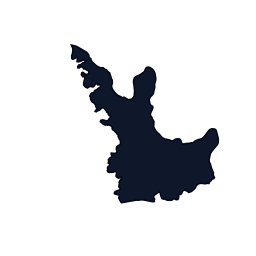 outline of Miguelópolis, São Paulo, Brazil, rotated 42°
{"feature_id": "56859067B41610080669691", "entity_name": "Miguelópolis", "entity_type": "district", "adm_level": 2, "iso_a3": "BRA", "parent_name": "Brazil", "parent_adm1": "São Paulo", "projection": "mercator", "projection_center": [-48.166, -20.191], "detail": "fine", "context": "isolated", "style": "filled", "palette": "ink", "viewbox_px": 256, "rotation_deg": 42, "n_neighbors": 0, "source": "geoboundaries", "source_scale": "gbopen_adm2", "svg_char_len": 4766}
<svg xmlns="http://www.w3.org/2000/svg" viewBox="0 0 256 256"><g transform="rotate(42 128 128)"><path d="M116.6,73.9L115.0,72.1L113.9,71.3L111.8,69.6L109.6,68.4L107.8,68.0L105.7,68.0L103.5,68.4L102.3,69.2L101.3,70.5L101.3,72.0L102.4,75.1L101.5,79.5L101.1,80.8L100.0,82.9L99.3,85.0L99.2,86.3L100.2,88.8L101.2,90.1L104.8,93.1L108.0,96.0L111.1,100.0L111.5,102.1L111.4,104.2L110.1,105.7L109.2,106.7L104.4,107.8L103.4,109.2L101.2,109.7L98.8,110.5L95.2,110.5L91.8,109.9L90.2,109.4L88.9,108.7L87.9,107.9L87.0,106.7L86.7,105.7L85.9,104.6L84.3,103.0L82.2,102.3L81.2,101.4L79.8,100.7L77.4,99.3L74.8,99.6L73.1,99.1L71.5,99.7L69.1,99.8L67.7,101.4L64.8,102.5L61.8,102.9L59.4,102.8L57.3,102.9L55.5,102.4L53.8,101.3L52.5,101.6L51.5,101.3L50.7,100.6L49.6,99.8L46.6,99.4L40.8,100.5L35.1,101.8L33.6,102.5L30.4,104.2L31.8,104.9L32.8,105.4L34.0,106.0L34.8,107.0L35.6,107.8L36.3,109.0L37.2,110.6L37.7,111.9L39.6,113.9L40.7,114.0L41.5,113.1L42.1,111.3L42.5,110.1L44.0,110.1L44.5,111.0L45.6,112.8L47.0,112.0L48.6,109.3L48.9,107.8L50.2,107.0L52.0,107.0L52.0,108.1L50.9,109.6L50.5,112.1L50.1,113.1L49.2,114.1L49.5,115.9L50.4,116.9L51.5,116.2L52.2,114.1L53.2,113.2L54.2,113.3L55.6,113.8L56.7,112.8L58.0,112.7L59.1,112.5L60.7,112.0L62.0,113.1L62.3,114.4L60.7,116.5L59.6,116.5L58.5,116.6L57.1,116.8L56.7,118.0L57.6,119.6L60.0,120.2L61.2,119.1L62.6,119.7L63.9,122.6L64.7,124.0L65.5,124.8L66.2,125.7L68.0,126.1L69.3,126.0L71.2,125.4L71.5,123.6L72.5,121.9L73.6,121.6L74.5,121.0L74.8,119.9L74.6,118.3L74.6,116.5L75.8,115.9L76.9,116.2L77.6,115.1L79.4,114.5L79.9,116.3L79.3,118.5L79.0,120.7L78.3,122.0L78.4,123.4L78.8,124.8L77.5,126.4L77.5,127.7L78.3,129.9L79.9,130.4L80.9,131.6L82.2,132.2L84.4,132.7L85.6,132.3L86.9,132.3L88.6,132.7L89.9,133.7L91.4,134.1L92.1,135.2L92.2,136.2L92.5,137.7L93.6,137.2L93.9,135.6L95.0,133.9L95.0,132.4L95.1,131.0L95.6,130.0L96.8,129.2L98.6,129.7L100.2,129.7L101.3,130.5L102.7,130.1L103.8,130.8L104.9,131.3L106.1,131.3L107.8,131.1L107.8,134.0L108.1,136.0L107.2,137.1L105.2,138.0L103.9,138.7L102.6,140.6L103.2,141.8L104.7,141.7L106.4,141.8L108.0,141.5L109.3,141.0L110.0,140.0L111.0,139.6L111.7,138.7L113.5,137.8L115.1,138.0L116.2,137.9L116.6,139.1L117.7,139.6L119.1,139.2L120.4,139.4L122.5,139.5L124.2,139.9L125.7,139.8L126.5,141.1L127.7,141.4L129.2,142.2L130.9,142.4L131.6,143.5L132.9,144.4L133.0,146.2L132.4,147.7L132.1,149.0L132.7,150.6L133.6,151.7L135.0,152.5L136.2,153.7L135.5,155.3L134.0,156.6L132.3,157.8L132.9,158.7L134.3,159.3L135.3,161.1L134.5,162.4L134.5,163.5L134.6,164.7L136.0,165.8L136.7,167.3L138.3,167.1L139.6,168.3L138.9,170.0L139.4,171.4L140.4,172.0L141.1,173.6L142.7,174.1L144.0,173.5L144.6,172.5L145.6,171.9L146.7,170.7L147.4,168.7L148.9,168.7L150.1,169.6L150.5,170.8L151.6,172.0L153.3,172.0L154.6,171.6L155.1,170.6L156.0,168.8L156.8,169.8L157.3,173.2L157.7,174.3L158.7,175.0L160.5,177.9L162.6,178.0L163.1,179.4L162.6,180.7L160.9,183.8L161.3,185.5L162.5,185.9L163.4,185.2L164.7,184.8L166.1,183.7L167.1,184.5L167.7,186.1L169.5,186.9L171.7,187.6L173.1,188.0L182.5,176.0L183.8,175.0L184.8,173.8L186.3,172.2L187.7,171.1L189.5,170.0L191.4,168.9L193.7,167.5L195.7,166.3L196.8,165.0L195.8,164.0L195.4,163.0L194.2,162.8L193.1,162.0L192.5,160.7L192.8,159.4L193.3,156.4L194.1,155.0L195.0,154.4L196.9,155.9L198.8,157.0L200.4,157.8L201.9,157.1L202.8,156.4L204.2,155.9L205.5,155.4L206.5,154.6L207.5,153.7L208.4,153.0L209.1,151.7L209.2,150.5L210.1,149.5L211.8,149.1L212.9,147.8L212.6,146.4L211.5,144.9L210.0,143.6L211.6,142.2L211.8,140.9L211.1,139.3L210.9,137.7L211.6,136.3L213.2,135.7L215.0,135.3L216.2,135.3L216.8,134.4L217.5,133.0L217.9,131.3L218.0,129.8L218.2,128.3L217.9,126.8L217.4,125.6L217.5,123.6L217.8,122.4L218.4,121.3L219.3,120.3L220.2,119.6L221.2,118.9L222.4,118.1L223.4,116.9L224.2,115.9L225.3,115.1L224.5,112.6L225.1,111.5L224.5,110.0L225.3,109.1L225.6,108.1L225.4,106.9L224.2,106.4L223.0,106.1L221.6,104.2L216.8,101.9L213.3,99.6L211.6,99.0L210.4,98.2L209.5,97.3L206.7,92.5L206.3,91.5L205.9,89.0L205.7,84.2L205.6,81.3L205.4,79.9L204.6,78.2L203.1,76.4L201.7,75.1L195.1,70.7L193.5,70.6L192.1,71.4L191.0,72.2L189.9,74.2L189.7,75.7L190.3,82.4L190.3,84.4L190.1,85.9L189.5,87.4L187.9,89.7L186.5,92.8L186.2,95.3L185.1,96.5L183.4,98.7L182.2,100.0L181.0,101.3L179.9,102.9L178.4,103.4L177.1,102.8L175.9,102.0L174.5,101.6L173.3,101.8L172.5,102.5L171.5,103.5L170.8,104.3L169.9,107.4L169.1,108.5L166.9,109.0L162.5,111.6L160.2,112.2L158.2,112.1L155.2,111.6L153.7,111.7L150.3,111.4L147.7,110.5L146.3,109.9L145.3,108.9L144.3,107.4L143.1,105.9L141.9,105.4L140.3,105.0L138.2,103.9L137.0,103.8L135.5,103.0L134.5,100.8L133.6,97.7L133.0,96.4L132.0,95.5L131.0,95.5L128.8,95.8L125.1,93.0L124.4,91.9L123.9,90.5L124.0,86.3L123.7,85.1L123.0,84.1L120.8,80.0L119.4,78.6L118.6,77.8L117.7,76.3L117.2,75.0L116.6,73.9Z" fill="#0f172a" stroke="#020617" stroke-width="1.5"/></g></svg>